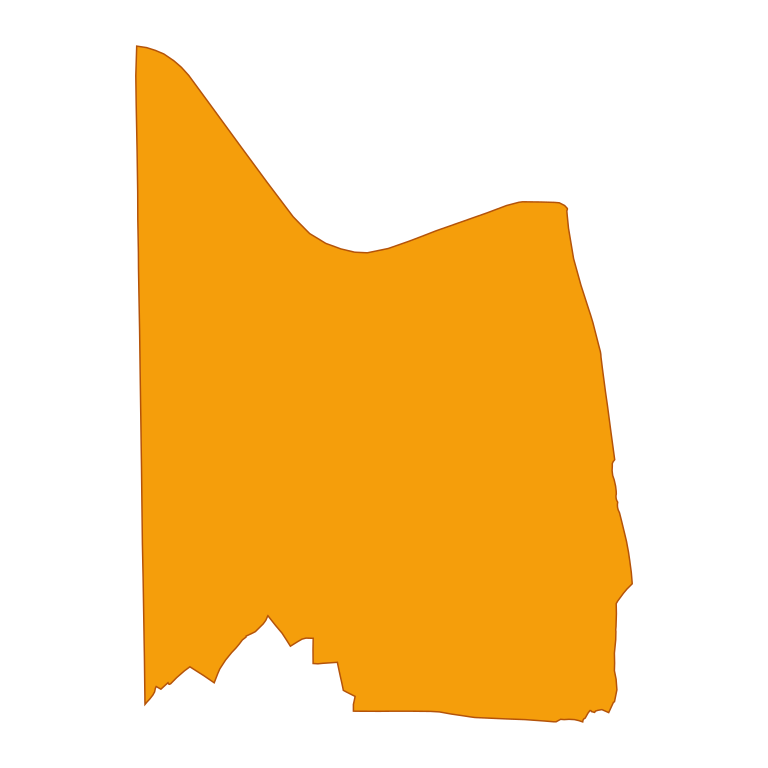 outline of Shomolu, Lagos, Nigeria
{"feature_id": "59680162B68379866165825", "entity_name": "Shomolu", "entity_type": "district", "adm_level": 2, "iso_a3": "NGA", "parent_name": "Nigeria", "parent_adm1": "Lagos", "projection": "equal_earth", "projection_center": [3.386, 6.541], "detail": "fine", "context": "isolated", "style": "filled", "palette": "amber", "viewbox_px": 768, "rotation_deg": 0, "n_neighbors": 0, "source": "geoboundaries", "source_scale": "gbopen_adm2", "svg_char_len": 2692}
<svg xmlns="http://www.w3.org/2000/svg" viewBox="0 0 768 768"><path d="M608.7,712.6L613.4,702.4L614.5,701.7L616.9,689.8L616.1,679.2L614.4,670.7L614.6,663.1L614.4,653.1L615.7,639.9L615.9,631.5L615.7,629.9L616.0,626.8L616.4,613.7L616.2,603.6L617.8,600.9L623.4,593.3L626.9,589.1L632.2,583.8L632.1,582.0L631.3,572.4L629.7,560.4L628.5,552.2L626.5,541.4L625.1,535.5L621.4,520.3L619.5,512.8L618.1,509.7L617.5,507.1L617.4,504.5L617.7,502.2L616.7,500.4L616.2,498.7L616.0,497.0L616.0,495.6L616.3,494.0L616.2,491.2L615.6,486.1L614.2,479.9L612.7,475.5L612.1,470.6L612.3,466.3L612.3,463.5L613.2,461.6L614.7,459.7L610.7,430.2L608.3,412.0L607.5,405.9L605.5,392.0L602.3,367.7L601.5,361.1L601.0,357.2L600.8,354.3L600.4,351.7L598.9,346.0L592.9,322.6L590.5,314.7L589.4,311.4L581.0,285.4L573.6,258.7L568.5,228.2L567.2,215.2L566.8,210.7L567.3,209.8L567.4,208.7L567.3,208.4L564.6,205.5L559.3,202.8L554.5,202.4L540.6,202.0L522.5,201.8L518.8,202.3L506.6,205.5L487.5,212.7L435.8,230.9L427.1,234.3L408.8,241.3L388.2,248.5L367.3,252.8L354.7,252.2L340.8,248.9L337.1,247.5L325.8,243.4L309.7,233.6L306.3,230.2L299.1,222.9L293.1,216.7L290.6,213.4L266.8,181.9L241.1,147.0L211.3,106.2L188.8,75.5L181.4,67.3L174.0,60.9L163.9,54.0L155.4,50.4L146.6,47.6L136.7,46.1L135.8,75.7L136.2,105.1L137.1,151.8L137.7,192.3L137.8,218.9L138.4,252.8L138.5,268.6L138.9,292.0L139.6,330.5L140.2,375.2L140.7,410.4L140.8,416.8L141.2,446.7L141.5,467.1L141.6,476.3L142.4,543.8L143.1,577.4L144.0,632.7L144.1,639.4L144.4,656.5L144.8,689.9L144.9,696.6L144.9,700.2L145.0,704.4L147.0,702.0L149.7,699.1L152.9,695.0L154.6,691.9L155.4,688.2L156.2,686.5L160.9,689.2L165.7,684.8L168.0,682.7L168.6,684.0L169.5,684.3L170.7,683.7L176.7,677.6L184.5,670.8L189.9,666.8L197.4,671.6L204.0,675.8L214.2,682.8L217.8,673.5L219.8,668.9L225.6,660.0L231.7,652.5L235.8,648.2L239.3,644.0L242.4,639.9L246.0,637.1L246.1,636.1L253.1,632.8L255.4,631.6L263.2,623.9L265.8,620.3L267.7,616.0L267.9,615.7L268.5,616.5L275.6,625.5L282.0,633.1L286.5,640.0L290.4,646.2L298.1,641.4L302.1,639.1L306.0,638.1L313.2,638.3L313.0,649.6L313.1,663.5L317.9,663.8L322.9,663.3L330.3,662.8L337.4,662.3L337.7,664.0L338.9,669.7L340.4,676.7L341.8,682.9L343.0,688.6L343.3,690.3L346.4,692.0L355.1,696.4L354.1,701.3L353.4,704.4L353.4,711.1L355.4,711.2L379.3,711.3L391.0,711.2L402.5,711.2L411.3,711.2L430.7,711.4L439.4,711.9L451.0,714.0L462.6,715.7L470.4,716.9L474.9,717.5L506.2,718.9L525.1,719.6L544.3,721.0L553.8,721.8L556.1,721.8L560.6,719.3L564.1,719.6L569.0,719.3L574.5,719.6L578.8,720.6L582.7,721.9L583.0,720.2L583.8,718.9L585.2,718.1L588.0,713.1L590.0,710.5L590.9,710.6L591.5,711.6L594.6,712.4L595.5,711.1L597.9,710.3L601.9,709.6L608.7,712.6Z" fill="#f59e0b" stroke="#b45309" stroke-width="1.5"/></svg>